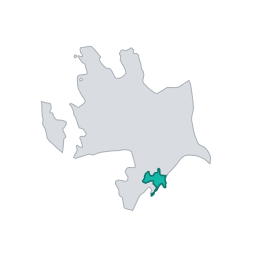 location of Neftchala District, Neftçala, Azerbaijan, rotated 27°
{"feature_id": "54616110B40961788089107", "entity_name": "Neftchala District", "entity_type": "district", "adm_level": 2, "iso_a3": "AZE", "parent_name": "Azerbaijan", "parent_adm1": "Neftçala", "projection": "albers", "projection_center": [49.058, 39.291], "detail": "fine", "context": "in_parent", "style": "filled", "palette": "teal", "viewbox_px": 256, "rotation_deg": 27, "n_neighbors": 0, "source": "geoboundaries", "source_scale": "gbopen_adm2", "svg_char_len": 5662}
<svg xmlns="http://www.w3.org/2000/svg" viewBox="0 0 256 256"><g transform="rotate(27 128 128)"><path d="M169.6,199.5L168.7,199.5L162.0,201.0L160.6,200.5L155.0,193.2L153.8,192.4L151.4,192.1L149.9,190.9L148.8,188.9L148.1,187.4L142.3,183.4L141.5,182.0L141.3,180.7L142.2,179.6L143.2,178.6L146.1,177.7L149.4,176.9L150.5,176.3L151.1,175.2L151.0,173.6L150.5,171.9L145.8,168.8L145.2,167.5L145.1,165.9L145.4,164.3L146.2,163.0L150.1,161.3L152.2,159.5L150.9,157.4L146.7,152.7L141.8,147.5L138.5,147.4L134.7,148.9L128.5,153.2L125.1,155.0L120.6,158.0L115.7,161.3L111.7,164.9L109.2,167.9L104.8,169.1L102.5,171.6L94.9,179.0L92.8,178.8L92.8,175.0L93.0,172.1L92.6,170.3L90.3,167.9L90.3,166.9L90.9,166.3L92.7,166.7L95.1,166.6L96.2,165.7L93.8,162.6L91.6,160.4L89.8,159.0L89.4,158.1L89.4,157.5L89.8,156.8L93.1,155.2L93.5,153.7L93.3,151.9L88.3,149.2L84.4,150.0L81.1,147.0L79.0,144.7L76.3,142.2L73.9,140.8L71.7,137.7L67.7,134.4L65.1,133.4L65.2,132.9L65.7,132.4L66.8,131.9L74.0,132.3L74.9,131.8L75.4,130.5L76.5,128.5L77.7,125.7L77.7,123.2L70.6,119.0L65.5,115.2L62.1,110.2L59.8,105.8L59.9,104.3L60.7,102.9L66.4,99.1L66.9,98.1L66.8,97.4L64.9,95.2L62.4,93.0L61.7,91.4L60.2,90.5L57.2,90.4L52.1,87.5L51.0,87.2L50.7,86.7L51.0,86.2L54.8,85.3L54.8,84.4L53.7,83.2L51.6,82.3L49.8,80.1L49.2,78.2L56.2,73.0L58.2,72.0L62.5,73.2L71.5,77.2L70.8,79.2L71.7,80.3L73.8,81.9L77.8,83.6L81.1,84.6L82.9,83.9L85.5,83.4L88.9,85.4L92.0,87.7L93.5,88.7L94.4,89.0L96.8,88.3L99.7,85.4L101.0,81.9L101.3,80.2L99.7,77.8L96.3,75.1L92.6,72.8L90.1,70.7L88.7,66.8L87.1,66.3L86.7,65.8L86.5,64.4L86.6,62.5L87.2,61.1L88.8,60.6L90.4,60.4L91.8,59.1L93.7,56.4L94.5,55.0L97.8,55.9L98.2,58.3L98.7,58.8L100.1,58.6L102.5,57.6L104.3,58.5L106.6,61.4L109.8,64.5L111.5,66.6L112.1,68.0L113.8,69.4L116.2,71.1L118.1,73.6L119.7,79.5L121.4,80.9L127.7,83.2L130.0,83.7L136.2,84.6L138.4,84.0L141.6,79.0L144.6,73.9L147.3,72.8L152.1,70.4L155.1,68.0L156.3,65.5L159.1,60.7L160.7,58.0L163.6,60.4L168.5,67.0L175.5,77.6L177.3,80.6L178.4,84.1L179.4,88.3L181.0,92.0L188.3,101.4L191.4,104.8L196.6,109.3L198.4,110.3L200.8,110.5L205.2,110.5L209.3,112.2L211.3,113.4L213.4,115.2L215.3,117.2L217.2,122.7L210.1,121.0L203.0,121.3L199.0,122.6L195.1,124.2L191.4,126.5L189.1,130.9L187.2,141.2L184.3,150.8L184.4,155.3L185.7,159.6L185.6,161.6L184.2,162.5L182.6,164.3L180.3,173.1L179.2,174.9L177.8,176.0L177.4,174.9L177.5,172.6L174.3,170.6L172.7,172.8L171.5,177.7L169.2,182.8L169.1,183.8L169.6,199.5ZM65.3,106.9L65.7,105.5L64.8,104.9L63.9,104.8L63.0,105.5L63.0,107.2L64.1,107.5L65.3,106.9ZM40.3,145.9L39.2,144.5L38.8,143.7L42.0,143.2L47.3,141.5L48.7,142.5L50.2,144.5L50.9,146.2L50.9,149.2L51.5,149.8L54.1,148.8L55.2,150.1L57.1,151.7L60.4,153.3L65.4,151.2L67.9,150.7L69.9,150.8L71.0,151.6L71.3,154.0L70.8,156.9L70.2,158.5L71.2,159.7L75.1,162.7L76.7,164.3L75.8,167.0L78.6,173.8L79.6,176.4L80.7,179.6L74.5,178.2L63.4,175.1L60.4,173.6L57.6,169.7L55.9,167.9L53.5,165.5L51.4,164.5L49.9,162.8L49.1,160.4L47.9,158.2L45.7,155.6L40.9,146.9L40.3,145.9ZM49.4,89.1L48.7,89.6L47.7,89.1L47.4,88.0L47.5,86.9L48.6,86.7L49.4,87.0L49.6,88.1L49.4,89.1Z" fill="#d9dde1" stroke="#a8b0b8" stroke-width="1"/><path d="M166.2,157.5L165.9,157.6L165.6,157.9L165.4,158.4L165.3,159.0L164.9,159.4L164.7,159.7L164.6,160.4L164.4,161.1L164.5,161.8L164.6,163.0L164.8,163.6L164.9,164.2L165.4,164.7L165.5,165.4L165.5,166.1L165.5,166.7L165.3,167.3L165.2,167.7L165.2,168.3L165.2,168.5L165.2,168.8L165.7,169.0L166.3,169.3L166.5,169.3L166.9,169.2L167.4,168.9L167.8,168.9L168.1,169.2L168.4,169.3L168.6,169.2L169.1,168.6L169.3,168.2L169.6,167.8L170.1,167.4L170.6,167.0L170.9,166.4L171.2,166.0L171.6,165.5L172.1,165.1L172.7,164.7L173.2,164.4L173.7,164.0L174.2,163.8L174.7,163.9L175.1,164.4L175.3,164.8L175.4,165.4L175.5,165.9L175.8,166.2L175.9,166.4L176.7,166.4L177.2,166.4L177.5,166.6L178.1,167.0L178.8,167.4L179.3,167.6L180.0,167.6L180.5,167.7L180.8,168.1L180.8,168.9L180.6,169.3L180.5,170.1L180.5,170.7L180.4,171.2L180.4,171.7L180.3,171.8L180.5,172.2L181.2,171.7L181.6,170.7L181.8,169.9L181.9,169.3L181.8,168.3L181.8,167.2L181.9,166.6L181.9,166.1L181.9,165.9L181.9,165.3L182.0,164.3L182.4,163.6L182.8,162.8L183.1,162.3L183.6,162.1L184.4,162.4L185.0,163.1L185.6,163.5L186.1,164.1L186.7,164.3L187.4,164.4L187.9,164.5L188.2,164.1L188.5,163.6L188.1,163.0L187.6,162.3L187.3,161.7L187.1,161.2L186.9,160.5L186.9,160.0L186.7,159.4L186.0,159.0L185.4,158.4L184.8,157.8L184.4,157.1L184.0,156.4L183.5,155.8L183.5,154.9L183.4,154.4L183.3,153.7L183.2,153.3L183.0,153.5L182.8,153.7L182.5,153.9L182.0,154.1L181.7,154.2L181.1,154.2L180.7,154.3L180.3,154.4L180.0,154.7L179.9,154.9L179.7,155.0L179.4,155.2L178.9,155.1L178.5,155.0L178.2,154.9L177.7,154.9L177.6,154.7L177.3,154.5L177.1,154.3L176.9,154.0L176.8,153.7L176.7,153.3L176.5,153.0L176.2,152.7L176.1,152.4L175.9,152.0L175.8,151.7L175.4,151.2L175.2,151.0L175.0,150.7L174.8,150.3L174.4,150.2L174.0,150.2L173.6,150.2L173.4,150.6L173.4,151.3L173.5,151.7L173.8,152.0L174.1,152.3L174.5,152.6L174.7,152.9L174.7,153.2L174.7,153.5L174.6,153.9L174.4,154.3L174.0,154.7L173.7,154.8L173.3,155.2L173.0,155.4L172.7,155.5L172.5,155.9L172.2,156.4L172.1,156.8L172.1,157.3L172.1,157.8L172.1,158.2L172.3,158.6L172.1,158.9L172.0,159.2L171.5,159.3L171.1,159.6L170.8,159.8L170.6,160.1L170.2,160.2L169.9,160.3L169.6,160.2L169.3,160.1L168.7,159.8L168.4,159.5L168.0,159.3L167.7,159.0L167.5,158.7L167.2,158.5L167.0,158.3L166.7,158.0L166.3,157.7L166.2,157.6L166.2,157.5ZM179.4,177.7L179.5,177.9L180.0,177.7L180.2,177.3L180.4,176.7L180.6,176.1L180.9,175.6L181.0,175.0L180.8,174.1L180.7,173.6L180.4,173.5L180.2,173.9L180.2,174.1L180.2,174.5L180.1,174.9L179.5,175.3L179.1,175.5L178.9,176.0L178.9,176.5L179.2,177.1L179.3,177.6L179.4,177.7Z" fill="#14b8a6" stroke="#0f766e" stroke-width="1.5"/></g></svg>